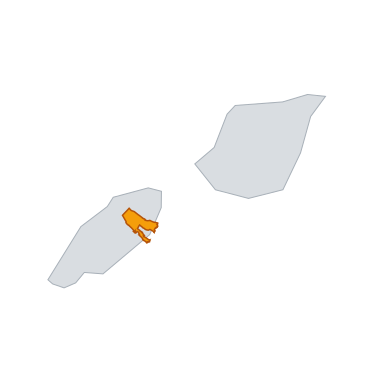 Sagaga le Falefa, A'ana, Samoa (highlighted), rotated 122°
{"feature_id": "51752279B7891864282518", "entity_name": "Sagaga le Falefa", "entity_type": "district", "adm_level": 2, "iso_a3": "WSM", "parent_name": "Samoa", "parent_adm1": "A'ana", "projection": "robinson", "projection_center": [-171.867, -13.864], "detail": "fine", "context": "in_parent", "style": "filled", "palette": "amber", "viewbox_px": 384, "rotation_deg": 122, "n_neighbors": 0, "source": "geoboundaries", "source_scale": "gbopen_adm2", "svg_char_len": 4237}
<svg xmlns="http://www.w3.org/2000/svg" viewBox="0 0 384 384"><g transform="rotate(122 192 192)"><path d="M141.9,116.1L167.5,140.7L177.7,173.3L166.7,204.5L142.5,196.8L107.4,203.5L95.7,201.2L67.6,162.9L48.1,145.7L40.2,129.5L65.1,131.4L101.3,120.7L141.9,116.1ZM342.8,267.7L280.2,267.9L249.2,256.1L238.2,256.0L211.7,231.3L207.6,218.3L221.6,209.8L250.5,205.3L308.6,224.1L317.3,240.7L330.7,242.5L341.1,249.7L343.8,261.4L342.8,267.7Z" fill="#d9dde1" stroke="#a8b0b8" stroke-width="1"/><path d="M245.1,237.9L248.6,238.6L252.1,232.1L252.6,231.9L252.8,231.9L253.0,231.7L253.2,231.2L253.3,231.0L253.4,230.8L253.6,230.2L253.7,229.8L253.7,229.6L253.8,228.8L253.9,228.6L253.9,228.3L253.7,228.2L253.7,227.9L253.8,227.9L253.9,227.4L254.0,226.9L254.2,225.9L254.3,225.7L254.3,225.4L254.4,225.2L254.4,224.8L255.5,220.6L255.8,220.8L256.1,220.9L256.4,221.0L256.8,219.4L256.5,219.3L256.3,219.2L256.2,219.3L255.7,219.3L255.4,219.6L255.1,219.6L256.8,218.3L256.5,217.9L255.6,217.8L255.0,217.7L254.8,217.7L254.6,217.7L254.6,217.3L254.6,216.7L254.5,216.4L254.5,216.2L254.7,215.9L254.8,215.7L255.0,215.5L255.2,215.3L255.3,215.0L255.5,214.6L255.6,214.2L255.9,214.2L256.5,214.4L256.5,213.5L256.7,213.4L256.8,213.1L257.0,211.9L257.1,211.4L257.2,210.9L257.2,210.7L257.3,210.4L257.5,209.9L257.7,209.6L257.8,209.3L258.0,209.0L258.2,208.9L258.3,208.7L258.5,208.3L258.6,208.2L258.7,207.9L258.4,207.9L258.5,207.4L258.7,204.6L258.8,204.3L259.0,204.0L259.2,203.5L259.1,203.4L258.9,203.3L258.8,203.2L258.6,203.0L258.4,203.1L258.2,203.3L257.9,203.4L257.7,203.3L257.6,203.2L257.5,202.9L257.4,202.7L257.4,202.3L257.2,202.3L257.0,202.2L257.0,201.9L256.9,201.7L256.7,201.6L256.4,201.8L256.3,202.0L256.2,202.1L255.9,202.1L255.7,202.1L255.6,202.3L255.4,202.2L255.5,201.9L255.4,201.9L255.3,202.0L255.2,202.1L255.2,202.3L255.1,202.5L254.9,202.5L255.1,202.7L255.2,202.9L255.3,203.1L255.4,203.3L255.4,203.6L255.4,203.9L255.4,204.1L255.3,204.7L255.3,205.5L255.2,206.1L255.2,207.1L255.2,207.8L255.2,209.0L255.4,209.1L255.0,209.9L254.6,209.5L254.3,209.5L254.1,209.4L254.0,209.8L253.5,211.2L253.1,212.3L252.8,213.3L252.5,213.1L252.4,215.3L252.6,215.4L252.2,216.1L252.1,217.9L252.0,218.5L251.9,218.9L251.8,219.0L251.5,218.9L251.2,218.9L249.2,219.0L248.5,219.0L247.7,219.0L247.7,218.9L247.8,218.3L247.9,217.8L248.0,217.0L248.1,215.9L248.2,215.6L248.2,215.4L248.4,215.0L248.3,214.9L248.3,214.6L248.3,214.2L248.3,213.9L248.3,213.6L248.3,213.4L248.3,213.2L248.2,213.1L248.2,212.8L248.3,212.5L248.4,212.3L248.4,212.2L248.5,211.9L248.5,211.7L248.4,211.6L248.4,211.4L248.3,211.2L248.3,210.9L248.3,210.7L248.1,210.4L248.1,210.2L247.8,209.4L247.6,209.1L247.6,208.9L247.0,208.4L246.6,208.2L246.3,208.1L246.2,208.0L246.1,207.9L246.0,207.7L246.0,207.3L246.0,207.1L246.0,206.7L246.0,206.4L245.9,205.4L245.9,204.9L245.9,204.5L245.9,204.2L245.9,203.8L246.0,203.4L246.0,203.0L246.2,202.9L246.4,202.9L246.4,202.6L246.1,202.8L245.9,202.8L245.7,203.0L245.6,202.9L245.4,202.8L245.3,202.7L244.9,202.7L244.7,202.7L244.7,202.8L244.6,203.0L244.4,203.0L244.2,203.3L244.0,203.5L243.9,203.6L244.0,203.7L243.9,203.9L243.8,204.0L243.7,204.0L243.7,203.8L243.6,204.0L243.4,204.0L243.2,204.0L242.9,204.0L242.7,204.0L242.4,204.0L242.3,203.9L242.3,204.0L242.1,204.0L242.0,203.9L241.9,203.8L241.8,203.7L241.7,203.7L241.5,203.8L241.4,203.8L241.2,203.8L240.8,203.6L240.7,203.5L240.6,203.3L240.5,203.0L240.4,203.0L240.3,202.9L240.2,203.0L239.8,203.2L239.7,203.3L239.4,203.3L239.3,203.2L239.2,203.0L238.7,203.4L238.5,203.5L238.4,203.6L238.4,203.8L238.2,204.0L237.9,204.1L238.0,204.2L237.8,204.3L237.6,204.3L237.4,204.4L237.3,204.5L237.2,204.5L237.3,204.6L237.1,204.6L236.8,204.7L236.6,204.7L236.6,205.0L236.6,205.4L236.8,205.7L236.9,206.1L237.0,206.4L237.1,206.6L237.1,206.9L237.2,207.1L237.3,207.4L237.5,207.6L237.7,207.8L237.7,208.1L237.8,208.3L238.2,210.5L238.3,210.7L238.3,211.3L238.3,211.8L238.4,212.4L238.4,212.7L238.7,212.8L238.8,212.9L239.0,213.3L239.4,213.8L239.9,214.4L240.6,216.2L240.7,217.0L240.3,217.1L240.2,217.0L240.0,217.8L240.1,218.0L240.1,218.6L240.3,218.7L240.3,220.1L240.2,220.1L240.1,221.0L239.9,223.4L239.9,223.5L239.8,223.8L239.8,224.4L239.8,224.6L239.8,225.0L239.8,225.4L239.7,226.2L239.2,230.6L239.9,233.7L239.1,236.7L242.3,237.3L245.1,237.9Z" fill="#f59e0b" stroke="#b45309" stroke-width="1.5"/></g></svg>